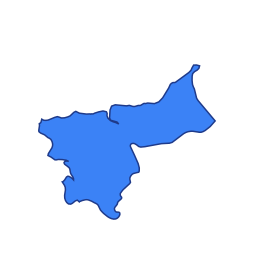 outline of Litoral, rotated 50°
{"feature_id": "GNQ-1470", "entity_name": "Litoral", "entity_type": "Province", "adm_level": 1, "iso_a3": "GNQ", "parent_name": "Equatorial Guinea", "parent_adm1": "", "projection": "orthographic", "projection_center": [9.856, 1.633], "detail": "fine", "context": "isolated", "style": "filled", "palette": "blue", "viewbox_px": 256, "rotation_deg": 50, "n_neighbors": 0, "source": "natural_earth", "source_scale": "10m", "svg_char_len": 2785}
<svg xmlns="http://www.w3.org/2000/svg" viewBox="0 0 256 256"><g transform="rotate(50 128 128)"><path d="M126.4,33.2L127.9,35.4L128.1,37.9L127.6,40.7L127.9,43.5L129.6,45.6L132.7,48.3L136.1,50.6L138.5,51.5L140.8,52.1L149.3,56.3L152.0,56.7L170.0,56.7L178.6,56.7L179.7,64.1L179.5,70.5L179.0,72.9L178.3,74.6L177.3,75.9L172.2,80.4L171.0,81.8L169.4,84.4L168.6,86.5L168.1,88.9L167.4,103.4L166.3,106.0L161.5,112.4L153.2,127.0L150.8,130.5L149.0,131.7L146.4,132.2L144.2,133.0L143.0,134.0L142.2,135.5L142.4,136.7L142.9,137.5L143.8,138.1L153.2,140.6L161.8,143.1L165.8,145.0L168.1,147.0L168.6,147.7L168.7,148.3L167.8,150.0L166.4,153.0L166.1,154.6L166.4,156.4L167.3,158.5L168.5,159.6L171.2,161.0L171.7,162.5L172.1,171.3L172.5,173.4L173.2,176.0L174.3,177.0L175.5,177.4L177.0,177.4L177.8,178.2L178.0,179.5L178.0,181.0L178.1,182.8L178.5,184.0L179.3,184.9L179.7,185.9L180.4,189.3L181.1,190.3L182.6,191.1L184.0,191.2L185.1,190.8L186.0,189.7L186.9,189.0L187.7,188.9L188.8,189.6L189.6,190.8L190.1,192.4L190.2,194.1L189.8,195.8L188.6,197.5L186.8,198.9L184.8,199.9L182.7,200.6L177.7,201.6L175.1,201.8L173.0,201.8L171.4,201.4L168.7,200.7L167.4,200.5L166.2,200.7L164.6,201.3L163.9,201.7L160.7,202.9L157.6,204.6L156.9,205.2L156.1,206.0L155.4,207.1L154.1,209.8L153.2,212.5L153.3,212.8L150.7,213.2L150.0,215.1L149.9,219.1L149.5,220.8L147.9,222.4L145.7,222.8L143.4,222.5L141.0,221.5L138.8,219.8L135.3,215.8L133.1,214.2L131.0,213.5L127.0,213.0L127.3,212.3L127.1,210.0L126.0,206.6L126.3,205.0L127.4,204.2L129.1,203.6L131.1,203.2L132.8,203.1L132.0,202.4L130.4,201.8L128.4,201.5L126.8,201.3L125.4,200.9L122.1,199.0L120.5,198.6L115.0,199.8L113.5,199.4L113.0,198.1L113.6,196.6L114.6,195.5L115.5,194.9L113.0,196.0L109.9,198.7L107.3,201.6L106.2,203.6L105.3,204.5L100.9,205.6L97.6,207.0L96.4,205.4L94.3,199.0L93.2,197.3L91.8,196.0L89.6,194.9L87.2,194.4L85.4,194.8L83.9,195.5L79.6,196.3L75.7,198.2L73.6,198.6L72.5,197.9L69.3,194.3L67.6,193.1L67.9,191.8L67.5,190.7L65.8,188.4L67.9,187.6L69.4,186.0L70.6,184.1L72.8,177.2L73.9,174.8L75.5,173.7L77.5,172.6L79.4,170.1L80.8,167.0L81.5,164.6L81.2,159.5L81.7,157.3L85.4,155.7L90.6,150.9L92.9,147.9L93.4,147.7L93.7,146.9L94.3,146.3L94.9,145.4L95.2,144.0L96.8,140.1L98.9,136.2L101.7,134.1L103.4,134.6L105.1,136.2L107.6,137.1L111.2,136.6L113.7,135.4L116.0,133.9L119.0,132.5L116.3,132.6L110.9,136.3L108.5,135.7L102.7,130.2L100.7,126.5L102.0,122.9L109.9,115.1L110.3,114.6L111.1,113.1L111.7,112.3L114.5,110.5L115.5,109.5L116.1,108.5L117.2,105.9L117.8,105.0L118.4,104.5L118.8,103.6L119.3,100.3L119.9,99.4L120.6,98.8L120.9,98.1L121.6,96.8L126.3,92.1L127.8,87.6L127.2,82.1L123.5,71.1L122.3,68.6L121.8,67.5L121.7,66.0L122.0,64.6L122.6,63.7L123.2,63.0L123.5,62.3L124.6,45.7L124.3,42.7L123.1,40.3L122.0,37.3L123.8,35.0L126.4,33.2Z" fill="#3b82f6" stroke="#1e3a8a" stroke-width="1.5"/></g></svg>